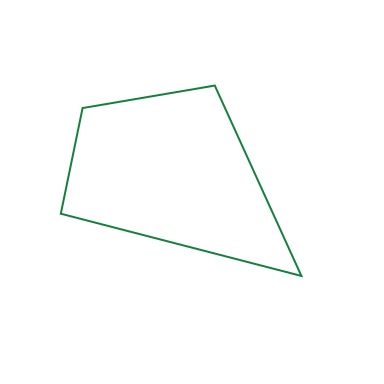 outline of Sonsorol, rotated 308°
{"feature_id": "PLW-5259", "entity_name": "Sonsorol", "entity_type": "state/province", "adm_level": 1, "iso_a3": "PLW", "parent_name": "Palau", "parent_adm1": "", "projection": "mercator", "projection_center": [132.22, 5.301], "detail": "fine", "context": "isolated", "style": "outline", "palette": "green", "viewbox_px": 384, "rotation_deg": 308, "n_neighbors": 0, "source": "natural_earth", "source_scale": "10m", "svg_char_len": 224}
<svg xmlns="http://www.w3.org/2000/svg" viewBox="0 0 384 384"><g transform="rotate(308 192 192)"><path d="M193.2,329.9L94.1,102.0L190.8,54.1L289.9,144.4L193.2,329.9Z" fill="none" stroke="#15803d" stroke-width="2"/></g></svg>